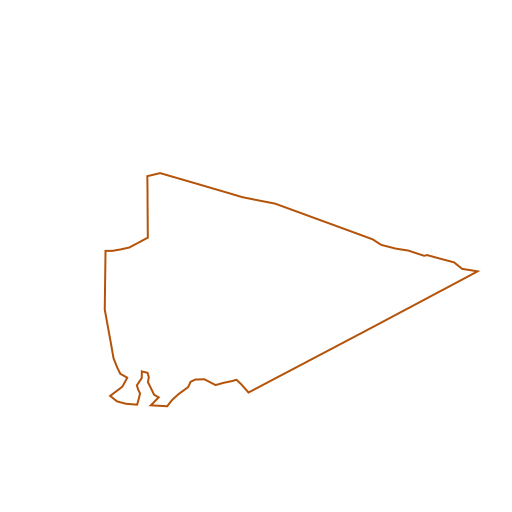 the district of Carjew, Chardzhou, Turkmenistan, rotated 154°
{"feature_id": "10190150B55240389541589", "entity_name": "Carjew", "entity_type": "district", "adm_level": 2, "iso_a3": "TKM", "parent_name": "Turkmenistan", "parent_adm1": "Chardzhou", "projection": "natural_earth1", "projection_center": [63.051, 38.709], "detail": "fine", "context": "isolated", "style": "outline", "palette": "amber", "viewbox_px": 512, "rotation_deg": 154, "n_neighbors": 0, "source": "geoboundaries", "source_scale": "gbopen_adm2", "svg_char_len": 1466}
<svg xmlns="http://www.w3.org/2000/svg" viewBox="0 0 512 512"><g transform="rotate(154 256 256)"><path d="M228.5,304.2L242.4,314.8L258.9,329.9L265.8,336.2L305.8,372.5L318.7,375.4L319.0,374.7L322.5,367.3L327.0,357.8L327.4,357.1L345.2,319.9L345.9,319.9L365.5,319.2L366.3,319.2L375.4,321.4L378.7,322.4L382.9,323.6L386.0,325.1L389.0,326.6L415.4,274.2L425.1,239.7L428.9,226.5L429.6,216.9L429.6,212.9L429.6,209.6L425.2,203.3L425.1,203.0L433.3,197.2L437.0,196.4L448.4,194.2L448.1,193.6L446.2,189.5L444.6,186.2L443.9,185.6L437.8,180.3L428.4,174.7L428.0,174.5L427.3,175.3L427.0,175.6L423.5,179.6L421.1,182.5L420.5,183.3L420.5,185.6L420.5,187.4L420.5,187.6L419.8,191.8L419.8,192.0L419.2,192.3L412.2,196.4L410.1,200.5L409.2,202.3L408.9,202.0L405.9,199.6L404.7,198.6L405.1,196.3L405.2,195.4L405.4,194.2L407.0,192.0L408.5,189.8L408.4,189.1L408.4,188.5L408.4,184.7L408.4,176.0L406.4,173.0L405.4,171.6L410.4,169.9L411.3,169.5L416.0,167.9L401.7,159.9L394.6,163.3L394.1,163.5L386.6,165.7L383.5,166.3L374.5,167.9L371.9,170.0L370.0,171.6L367.2,171.6L365.0,171.6L364.7,171.6L363.9,171.2L356.5,167.9L352.3,162.3L348.9,157.7L340.6,156.2L332.4,154.1L327.8,153.3L325.8,148.0L325.6,147.5L323.7,140.8L322.6,136.6L186.4,140.8L65.3,145.0L63.6,145.1L68.7,148.7L76.4,154.1L79.0,159.7L80.8,163.5L90.2,171.6L94.3,175.2L101.8,181.8L104.8,182.5L112.0,189.5L116.8,194.2L123.9,199.1L127.3,201.5L138.6,211.1L143.9,219.9L216.0,294.8L228.5,304.2Z" fill="none" stroke="#b45309" stroke-width="2"/></g></svg>